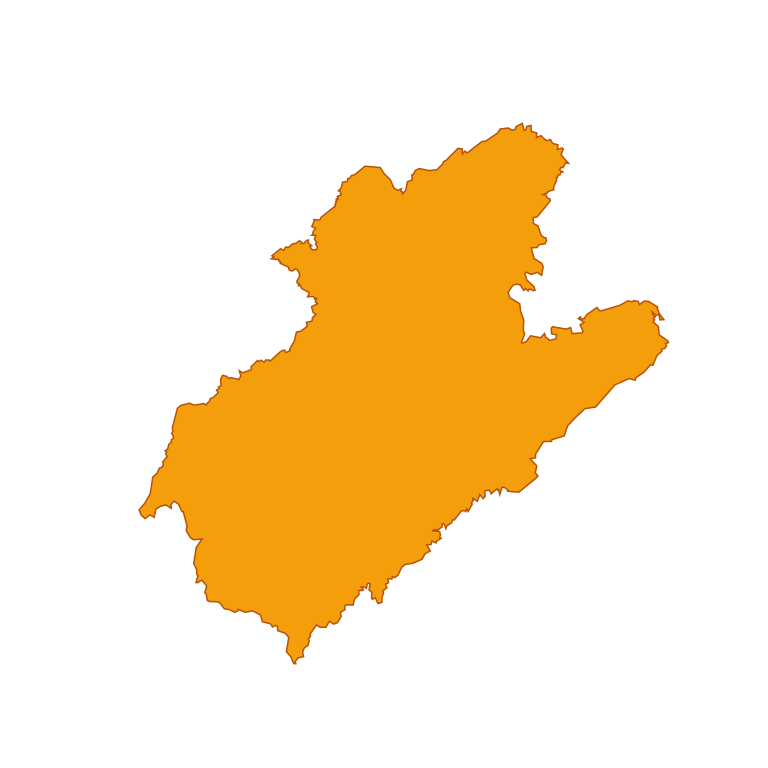 the district of Tuzantla, Michoacán, Mexico, rotated 240°
{"feature_id": "50627088B6449807032479", "entity_name": "Tuzantla", "entity_type": "district", "adm_level": 2, "iso_a3": "MEX", "parent_name": "Mexico", "parent_adm1": "Michoacán", "projection": "orthographic", "projection_center": [-100.59, 19.224], "detail": "fine", "context": "isolated", "style": "filled", "palette": "amber", "viewbox_px": 768, "rotation_deg": 240, "n_neighbors": 0, "source": "geoboundaries", "source_scale": "gbopen_adm2", "svg_char_len": 6171}
<svg xmlns="http://www.w3.org/2000/svg" viewBox="0 0 768 768"><g transform="rotate(240 384 384)"><path d="M540.8,626.7L538.9,625.2L539.7,621.9L543.6,619.6L546.8,611.9L544.5,607.9L543.5,593.5L545.0,589.9L542.5,571.7L545.3,570.4L544.0,566.9L548.5,569.3L551.1,565.9L546.6,549.3L546.8,546.6L545.4,545.4L543.1,537.0L546.3,529.7L552.9,522.4L553.3,518.0L550.8,514.0L551.2,512.6L546.7,510.5L547.4,505.3L541.1,500.0L539.3,495.1L541.2,495.9L542.7,494.8L544.3,496.7L544.8,492.8L548.8,490.6L558.0,491.6L565.8,489.3L573.3,489.0L582.1,476.5L579.9,463.3L580.8,460.0L579.3,456.9L580.0,455.3L577.8,453.4L579.5,449.0L575.4,445.3L574.1,441.1L572.9,442.4L569.2,441.4L569.7,437.3L568.2,437.3L568.0,435.3L566.8,436.3L566.3,433.4L564.7,433.3L564.3,431.5L562.5,430.7L559.9,413.2L558.1,410.3L561.5,405.6L560.3,405.5L556.5,400.2L553.3,402.6L550.9,398.1L548.9,397.6L549.0,395.9L546.6,399.2L544.2,396.1L540.0,396.5L539.6,394.6L536.0,394.9L534.1,392.8L535.9,389.0L540.3,388.5L539.9,390.6L543.9,388.9L546.4,390.6L547.1,388.7L545.8,384.9L547.1,382.7L548.4,383.6L550.4,382.2L549.9,378.2L551.1,374.6L550.0,369.7L551.8,367.4L549.9,363.9L552.9,362.1L551.1,351.0L549.0,352.2L548.8,349.0L545.3,353.4L545.4,355.0L542.9,354.5L541.9,355.5L540.6,354.4L533.0,359.7L529.9,358.9L527.7,361.1L527.9,365.0L526.7,365.9L522.4,366.1L519.5,364.8L516.6,360.0L514.7,359.3L513.4,360.6L512.0,359.0L511.7,360.8L507.7,360.5L501.2,364.6L499.9,364.6L497.8,361.4L495.3,366.1L492.8,367.4L492.2,366.6L491.8,368.2L489.3,365.5L486.8,366.6L487.1,359.9L481.4,358.4L478.2,359.8L477.3,355.2L474.5,353.1L476.2,347.5L472.3,346.3L471.3,338.5L472.8,334.2L466.4,328.1L461.1,319.5L459.8,319.2L460.3,314.7L462.5,315.1L463.5,314.0L463.9,311.0L460.8,296.9L462.0,296.7L463.9,293.6L462.8,291.1L466.1,289.4L466.1,286.8L467.6,286.2L465.4,277.5L462.8,276.4L464.3,267.3L467.8,265.3L462.5,264.0L460.5,260.6L466.2,254.4L466.6,252.2L469.4,251.5L472.2,248.5L470.0,245.1L464.1,242.0L464.1,239.1L462.4,238.8L462.5,235.9L459.4,236.0L457.7,229.4L458.3,226.4L456.4,224.2L455.1,219.2L457.3,218.0L460.5,209.1L464.6,206.1L467.0,197.6L466.4,193.1L451.7,178.6L449.1,178.0L447.3,175.4L444.4,175.7L442.0,173.9L442.0,171.7L440.0,170.9L439.3,167.4L435.8,164.0L435.6,161.0L433.5,161.7L432.9,160.0L429.6,160.0L427.3,153.5L425.0,153.0L422.8,150.1L423.5,147.6L420.1,142.5L419.0,137.2L406.0,126.8L400.4,117.3L397.4,109.0L391.7,108.2L386.9,109.8L387.7,115.7L383.5,118.3L389.7,123.9L389.8,129.4L388.4,134.6L382.6,137.6L386.2,139.3L387.6,143.7L382.5,146.0L374.6,145.2L373.9,146.3L359.6,142.5L356.1,139.4L347.5,139.5L344.2,141.3L340.8,149.0L336.3,139.6L323.5,129.4L316.4,128.9L312.8,126.6L311.1,127.1L306.2,122.0L305.2,122.8L305.2,128.1L297.9,129.5L292.8,124.4L291.2,125.0L284.8,122.8L282.8,124.2L278.5,131.1L275.7,132.6L269.3,133.3L265.7,137.5L261.0,140.5L260.5,143.7L261.7,145.0L255.7,149.7L253.3,156.7L245.7,161.5L238.9,159.8L233.2,165.7L229.3,166.0L229.2,169.3L227.8,170.5L223.5,168.7L217.5,173.8L213.4,174.7L211.7,174.4L200.9,165.6L194.0,167.0L187.1,166.0L185.9,167.7L187.9,168.4L189.9,172.6L188.0,178.0L192.6,179.5L195.4,183.1L195.5,187.2L198.7,190.8L200.7,190.9L202.5,194.4L204.3,194.9L209.2,205.1L205.1,207.2L202.3,212.1L205.9,218.0L201.2,220.4L200.6,224.4L204.2,230.8L208.0,232.1L208.0,237.3L211.5,239.2L211.6,241.0L208.0,246.7L212.2,250.6L214.2,257.1L217.8,258.8L215.8,262.5L216.4,263.4L219.6,262.7L217.9,265.6L215.7,266.6L218.9,269.1L219.5,270.8L217.8,272.0L213.3,268.1L209.6,269.2L204.7,266.1L203.3,266.4L203.1,269.6L196.9,269.0L195.9,273.0L200.1,275.4L203.1,279.1L205.3,279.5L206.0,284.6L210.0,285.2L209.6,288.6L213.4,289.9L211.2,293.4L213.0,294.9L211.0,296.5L211.5,300.6L216.4,307.7L217.2,312.1L214.4,319.1L213.2,329.3L216.5,334.7L216.2,340.6L223.3,340.6L221.4,344.4L224.0,346.8L220.3,349.7L221.5,350.7L221.8,356.3L223.0,355.3L224.9,357.4L228.5,358.4L233.0,352.1L232.1,356.1L230.6,357.4L231.3,363.0L233.9,364.5L232.6,366.2L227.8,365.3L229.7,367.4L230.0,373.2L232.0,375.4L231.1,376.9L235.4,387.6L233.9,390.5L232.6,390.9L234.5,393.3L231.5,393.1L235.8,400.3L237.4,400.3L238.1,402.6L240.8,403.7L235.7,406.2L240.4,411.7L235.2,412.5L236.1,415.4L241.0,417.7L239.8,421.7L235.7,422.4L235.1,421.1L236.8,429.2L235.3,429.3L235.4,430.5L230.4,429.0L235.6,434.7L234.0,436.7L229.9,438.2L229.3,437.4L222.9,446.6L226.3,467.6L227.2,471.3L231.4,470.6L236.7,475.4L246.2,473.2L244.3,478.3L247.5,480.2L253.9,492.4L254.1,494.0L250.5,500.3L251.8,501.5L249.0,514.2L256.0,522.1L258.9,531.8L262.2,545.6L258.3,555.7L267.8,583.7L266.2,598.8L261.7,603.6L263.5,605.1L264.2,614.9L267.4,624.5L265.8,626.3L272.2,634.7L273.4,641.0L275.3,641.6L274.4,645.0L275.8,647.9L278.4,647.9L277.6,651.1L279.3,651.4L289.1,646.9L296.5,650.3L303.3,648.2L304.3,650.5L306.0,649.9L306.6,652.7L309.2,651.5L312.4,652.2L307.5,654.0L306.7,656.9L301.6,655.0L299.8,658.6L307.4,657.5L314.3,658.9L313.2,659.8L323.4,654.4L325.7,650.8L325.1,645.0L328.3,645.4L331.3,642.1L331.2,640.0L334.1,636.6L334.2,627.8L338.5,609.6L339.5,607.4L343.8,606.6L342.7,594.4L340.5,589.8L341.9,587.3L343.9,587.7L343.5,585.0L337.4,588.2L337.2,583.4L330.1,582.7L329.2,581.1L333.6,572.2L339.5,573.8L340.6,569.0L349.3,558.7L348.8,556.8L343.7,554.2L340.3,558.0L337.2,555.6L338.8,549.6L343.7,547.4L347.5,548.2L345.7,542.8L352.5,535.0L349.7,528.9L350.1,524.4L351.3,523.8L356.9,530.8L360.8,531.5L369.6,537.0L379.1,538.8L385.6,541.7L395.9,536.1L401.3,537.3L405.1,545.0L404.0,549.1L401.5,551.6L395.2,551.8L395.8,554.2L392.5,555.3L393.7,557.5L390.2,560.0L389.7,561.6L393.2,562.6L402.7,559.7L409.2,561.2L409.7,563.2L405.4,566.1L404.0,572.6L399.3,574.8L405.8,580.4L409.5,581.0L417.8,576.7L428.3,579.6L425.6,584.9L427.2,587.9L425.0,593.7L426.7,596.3L429.8,597.3L430.7,595.7L434.5,594.5L443.8,596.4L448.3,593.7L453.4,596.3L452.2,600.4L459.6,619.8L461.3,620.2L463.3,618.5L466.7,618.8L468.5,616.5L467.8,621.4L468.8,622.0L467.4,628.0L470.5,630.1L473.8,635.2L476.6,636.5L476.1,637.7L477.9,639.2L477.1,641.0L478.8,642.7L478.2,644.9L481.6,642.9L483.0,645.6L481.9,647.3L484.8,651.7L482.8,654.1L494.0,652.0L498.0,656.8L499.3,656.3L500.5,651.4L504.2,654.3L508.0,650.3L512.4,650.4L513.7,646.1L520.5,644.2L521.3,639.3L525.1,641.8L529.1,637.8L534.4,640.6L535.7,636.6L533.3,633.9L533.4,632.1L540.6,634.1L540.8,626.7Z" fill="#f59e0b" stroke="#b45309" stroke-width="1.5"/></g></svg>